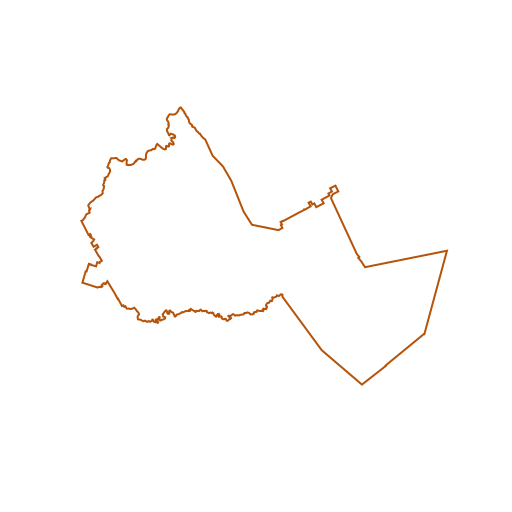 Kentish, Tasmania, Australia, rotated 231°
{"feature_id": "25037944B6865905771327", "entity_name": "Kentish", "entity_type": "district", "adm_level": 2, "iso_a3": "AUS", "parent_name": "Australia", "parent_adm1": "Tasmania", "projection": "mercator", "projection_center": [146.299, -41.463], "detail": "fine", "context": "isolated", "style": "outline", "palette": "amber", "viewbox_px": 512, "rotation_deg": 231, "n_neighbors": 0, "source": "geoboundaries", "source_scale": "gbopen_adm2", "svg_char_len": 6147}
<svg xmlns="http://www.w3.org/2000/svg" viewBox="0 0 512 512"><g transform="rotate(231 256 256)"><path d="M89.4,257.4L88.9,287.9L89.3,287.9L89.4,293.4L89.7,337.7L89.4,337.8L139.9,407.7L178.7,333.7L185.7,334.4L190.2,334.3L190.2,335.7L194.1,335.6L253.8,350.7L255.7,354.4L254.4,360.6L260.7,362.0L262.0,356.2L258.3,355.6L259.0,351.6L256.8,351.2L258.4,342.4L254.4,341.8L256.0,333.6L260.2,334.4L260.6,332.2L263.8,332.8L264.3,330.4L260.2,329.7L261.0,324.9L260.9,324.2L261.5,323.3L261.3,323.3L262.8,316.2L265.9,299.9L266.2,298.7L266.5,298.7L266.9,296.5L264.2,296.0L264.4,294.8L261.2,294.2L261.9,289.8L282.8,272.5L298.3,274.3L329.9,284.1L346.3,286.7L361.3,285.4L378.5,289.9L380.2,289.4L383.0,289.1L386.3,289.4L386.9,288.9L389.0,288.9L390.4,288.5L394.2,289.1L395.2,288.8L395.8,288.2L396.6,287.9L397.3,288.1L397.7,288.7L399.0,288.6L399.8,288.1L402.2,288.3L403.2,288.8L403.9,289.5L405.7,289.7L406.6,290.2L407.4,289.8L409.9,290.1L411.1,290.7L412.1,290.3L413.1,290.9L418.8,291.0L419.0,290.2L418.9,289.0L418.6,288.2L417.8,287.0L417.2,284.8L417.0,282.7L418.0,280.6L420.5,278.0L419.9,275.8L419.3,274.7L419.2,273.9L418.7,273.0L417.8,272.4L415.7,272.3L416.0,272.5L415.2,272.2L413.7,271.3L413.9,271.2L413.8,270.9L411.6,269.7L410.8,268.3L410.7,266.7L410.1,266.1L408.4,265.3L407.1,265.2L404.6,264.4L404.3,264.5L404.2,264.8L404.6,265.8L404.7,266.7L402.3,268.3L400.5,268.7L400.1,268.6L399.3,267.9L399.0,266.9L399.3,266.6L399.3,267.1L399.9,266.8L400.6,265.2L400.2,265.4L400.6,265.0L400.7,264.6L399.9,263.6L399.0,262.9L398.7,262.9L398.8,263.2L398.1,262.9L397.1,263.2L395.6,262.9L394.9,262.6L394.6,262.1L395.0,261.3L397.4,260.2L398.0,259.6L397.8,259.0L396.0,257.4L396.4,256.5L397.7,256.0L398.0,255.4L397.8,255.1L395.8,253.3L396.0,252.5L396.8,251.8L399.0,250.9L405.2,249.8L405.0,248.7L402.9,245.1L403.2,243.9L404.0,243.4L404.2,242.9L404.1,241.1L404.7,240.4L405.6,238.0L405.0,235.9L404.4,234.8L403.3,233.6L401.8,232.5L400.9,231.4L400.8,230.8L401.0,230.0L401.9,228.7L404.8,226.9L405.4,226.0L405.6,224.6L405.4,223.9L405.5,223.6L405.7,222.8L405.5,222.2L405.2,222.8L405.4,223.7L405.0,222.3L405.4,221.3L404.8,219.9L404.8,218.7L405.5,216.0L406.6,214.7L407.1,213.7L408.2,213.5L408.4,213.0L410.2,214.3L411.7,215.8L411.7,216.0L413.3,216.0L413.6,215.5L413.7,211.5L416.7,209.7L419.9,209.2L420.8,208.2L421.4,206.9L423.1,205.0L422.1,202.5L420.9,201.5L420.7,200.7L420.9,200.5L420.6,199.7L419.6,198.5L418.7,196.5L418.0,196.3L417.1,197.0L416.4,197.2L414.4,196.5L413.7,196.0L413.1,195.0L412.4,193.0L411.4,191.5L411.3,190.4L411.5,189.2L411.4,189.3L411.4,188.8L411.6,188.7L411.0,186.8L410.6,186.6L410.2,186.8L410.0,187.6L409.9,187.0L410.6,186.4L410.3,185.8L409.6,185.3L409.6,185.1L408.5,184.1L407.7,182.4L407.2,181.8L406.7,181.7L405.8,181.9L403.8,179.5L403.0,177.5L401.1,176.2L400.9,173.5L401.5,171.6L401.3,170.8L402.2,168.6L401.5,164.4L401.8,161.2L401.1,157.7L400.6,157.3L397.9,156.6L396.8,155.5L396.7,156.5L396.5,156.2L396.7,155.4L396.5,155.0L394.5,154.1L394.3,153.5L394.9,151.9L395.1,150.2L393.7,147.4L392.8,144.1L393.2,142.4L377.7,139.1L377.4,141.0L376.1,140.8L375.7,139.5L374.6,139.9L374.5,139.2L370.7,140.6L370.0,138.9L369.8,136.3L365.4,135.6L364.8,139.5L362.1,139.0L362.4,136.9L362.0,136.8L362.3,134.9L354.9,133.7L354.3,134.0L349.3,133.1L349.6,130.9L349.0,130.0L351.1,128.7L348.6,125.2L353.2,122.0L353.4,122.3L355.1,121.2L350.6,114.6L351.3,114.0L344.5,104.3L331.1,113.1L331.0,113.9L330.7,114.6L329.5,115.8L329.1,116.9L329.2,117.7L329.4,117.7L329.4,117.0L329.7,116.8L330.4,117.5L330.3,117.8L330.5,118.3L330.5,119.0L330.7,119.3L330.8,120.1L330.5,120.8L329.1,121.0L328.9,122.0L329.6,123.0L329.6,123.8L329.9,124.6L315.2,122.6L309.7,121.5L309.7,121.9L301.4,120.4L301.1,121.9L299.4,121.6L299.2,122.9L296.5,122.4L294.9,124.4L293.9,124.8L292.8,126.9L292.4,128.8L290.3,129.0L288.2,128.8L286.2,129.0L284.4,128.6L284.0,127.9L284.0,127.1L283.5,125.9L281.1,124.4L279.2,126.1L276.2,127.4L275.9,127.8L275.9,128.6L275.2,129.3L273.3,129.9L272.9,131.8L271.7,132.1L271.3,132.8L271.3,134.4L271.8,135.4L271.6,135.7L271.0,135.7L269.4,135.2L267.7,136.3L266.7,137.5L265.9,137.6L266.0,138.2L266.8,138.5L269.0,137.6L269.4,137.7L269.6,138.3L268.7,140.1L269.5,142.2L269.3,142.7L269.1,142.7L267.3,140.7L266.1,140.9L265.8,141.4L266.0,141.9L265.9,142.2L265.0,144.0L264.7,145.9L265.6,146.9L267.3,145.8L269.3,146.6L270.2,149.9L270.4,151.2L270.3,152.0L269.8,152.2L267.3,151.1L266.4,151.2L265.9,152.0L265.8,152.4L267.5,153.5L268.0,154.3L267.9,154.8L265.3,155.1L264.2,155.9L260.1,154.8L259.8,155.0L259.8,156.5L260.3,156.9L260.4,157.4L259.5,159.3L258.9,161.8L259.0,163.2L258.1,163.8L257.6,166.4L257.1,167.0L256.9,167.6L256.3,168.1L255.7,169.0L256.0,169.7L255.6,169.8L255.2,169.5L254.9,169.9L255.1,170.6L256.0,171.4L255.9,172.1L253.9,172.6L252.0,173.5L250.6,173.7L250.5,174.1L251.0,174.9L250.9,175.2L249.0,177.2L249.3,178.9L249.1,179.3L246.9,179.5L246.4,180.6L245.5,181.4L245.2,182.3L244.3,183.1L243.1,182.5L242.3,183.1L241.2,183.5L240.8,184.9L239.6,185.5L239.4,186.0L239.5,186.6L239.3,186.7L238.5,186.9L236.9,186.2L235.8,186.6L234.7,186.4L234.2,186.7L233.9,187.0L234.0,187.4L234.7,188.5L235.0,189.7L234.4,190.7L233.4,190.6L233.1,190.1L233.0,189.4L232.6,189.0L232.1,188.9L231.4,190.5L231.0,190.9L230.1,191.0L229.4,190.3L228.7,190.2L227.1,191.1L226.7,192.5L226.4,192.8L225.7,192.9L224.4,192.4L223.6,192.9L223.4,194.2L223.7,195.6L223.2,196.5L223.4,197.4L223.9,197.6L225.5,196.9L226.7,196.7L226.9,196.9L226.8,197.2L225.5,198.2L225.3,201.5L224.2,202.1L222.7,202.3L222.2,203.7L220.5,205.4L220.1,206.9L218.6,209.2L218.5,210.0L219.0,211.3L217.7,212.6L217.8,213.3L217.5,213.9L215.8,214.9L214.1,214.9L213.3,216.1L212.9,216.3L212.7,217.0L212.9,217.7L212.6,218.2L213.4,218.8L213.5,219.3L212.2,221.2L212.9,222.0L213.0,222.6L212.7,223.0L211.0,224.1L210.1,225.4L208.7,226.7L209.0,227.2L209.7,227.0L210.1,227.3L210.4,228.4L210.3,228.8L209.3,229.2L209.2,230.2L208.4,230.5L208.6,231.2L209.7,232.7L210.8,232.5L211.3,232.6L212.2,234.4L212.2,235.3L211.5,236.6L212.3,239.0L211.1,239.7L211.0,240.3L212.3,241.9L213.6,242.5L213.5,242.9L212.6,243.3L212.4,243.7L212.2,244.6L211.6,246.3L212.2,247.6L210.5,248.5L210.6,251.1L209.7,252.1L209.1,252.2L208.6,251.5L207.7,250.9L141.4,247.8L89.4,257.4Z" fill="none" stroke="#b45309" stroke-width="2"/></g></svg>